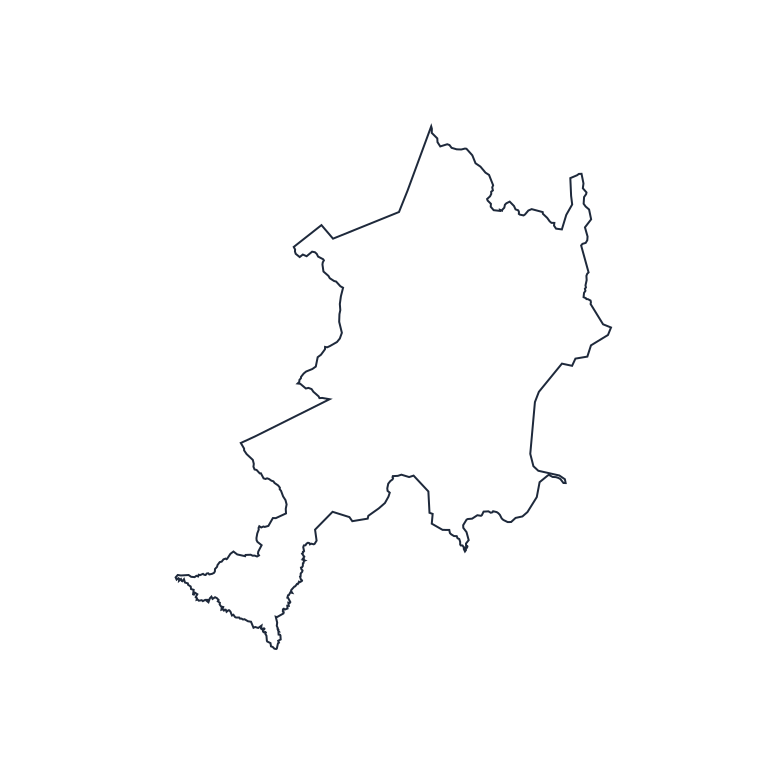 the district of Adansi Asokwa, Ashanti, Ghana, rotated 146°
{"feature_id": "2480657B45906044715427", "entity_name": "Adansi Asokwa", "entity_type": "district", "adm_level": 2, "iso_a3": "GHA", "parent_name": "Ghana", "parent_adm1": "Ashanti", "projection": "mercator", "projection_center": [-1.382, 6.167], "detail": "fine", "context": "isolated", "style": "outline", "palette": "slate", "viewbox_px": 768, "rotation_deg": 146, "n_neighbors": 0, "source": "geoboundaries", "source_scale": "gbopen_adm2", "svg_char_len": 6166}
<svg xmlns="http://www.w3.org/2000/svg" viewBox="0 0 768 768"><g transform="rotate(146 384 384)"><path d="M615.7,228.3L615.3,230.3L612.5,230.0L610.5,233.4L610.4,234.2L611.5,235.2L610.0,237.8L609.5,237.5L609.6,239.0L608.9,239.5L609.2,240.5L608.6,240.9L608.1,243.5L606.0,245.9L603.9,251.6L603.1,250.6L595.7,250.0L594.7,250.9L595.1,251.9L593.8,253.7L592.7,253.7L592.4,252.5L589.5,251.8L588.2,254.2L587.0,253.3L585.6,256.2L584.6,255.2L583.6,255.6L583.1,260.3L583.6,260.9L581.7,262.5L581.0,262.2L578.2,263.6L576.9,262.2L576.8,264.4L576.0,265.1L571.5,266.2L570.7,265.9L568.0,266.9L567.4,266.3L565.1,267.6L564.9,266.8L562.3,266.6L561.8,267.0L562.2,268.4L561.3,271.3L560.6,271.3L559.0,273.5L556.8,274.1L555.8,275.0L556.1,276.5L555.5,278.2L554.4,277.9L553.1,278.5L551.5,280.7L551.0,280.5L549.2,282.1L548.3,281.9L549.6,283.8L548.7,283.8L548.8,284.5L547.8,284.5L547.5,285.3L546.7,285.4L546.8,289.2L545.3,289.4L545.0,290.2L543.7,290.2L542.2,293.9L540.7,295.0L539.3,294.2L537.5,295.0L535.8,294.9L534.8,293.7L535.1,292.5L533.5,292.2L531.9,290.4L530.9,290.3L527.5,291.8L522.6,301.8L498.1,306.8L487.1,293.0L487.0,288.0L472.8,281.5L470.7,283.5L457.9,283.8L449.8,284.8L443.3,288.1L440.0,290.7L440.8,293.4L439.6,295.7L436.2,299.0L433.0,300.0L430.3,300.1L429.1,300.9L429.1,301.9L428.2,302.7L423.9,300.1L420.3,299.1L415.2,292.8L410.7,291.5L407.3,270.1L418.3,251.8L416.3,249.1L422.5,241.5L417.0,230.3L411.5,226.5L412.7,223.6L412.4,221.9L411.0,218.8L408.8,217.2L409.3,215.0L408.3,213.4L409.1,210.6L410.6,208.3L410.6,207.2L409.2,206.2L409.2,203.8L410.1,202.6L410.5,199.9L408.9,200.5L407.7,202.7L406.9,201.9L405.8,202.5L405.6,203.1L406.3,204.2L405.2,205.9L401.1,207.2L398.4,215.1L398.7,220.4L397.3,222.7L391.4,225.4L390.0,225.2L386.3,223.1L380.0,223.0L377.3,220.5L376.3,220.5L372.8,222.5L368.6,220.0L367.5,217.6L365.8,217.0L364.7,217.5L362.2,214.8L361.5,213.1L361.1,210.8L361.6,206.7L361.1,204.6L358.7,200.4L355.8,198.5L349.8,199.4L343.3,196.8L336.7,197.6L320.6,204.8L309.9,215.6L300.2,216.5L298.2,216.6L296.2,212.7L293.5,210.6L291.9,208.5L290.9,206.5L290.6,201.6L288.8,200.3L287.3,203.9L289.8,210.1L304.6,225.8L306.1,232.3L301.8,244.3L269.0,284.6L260.0,290.9L225.1,301.4L217.9,293.9L211.1,298.0L200.1,293.0L190.8,300.3L170.9,299.4L164.2,303.9L169.0,311.0L168.0,334.8L166.7,336.1L166.1,337.7L167.5,340.3L168.7,341.2L168.6,342.1L170.0,344.4L167.2,347.7L164.9,348.6L164.2,350.6L162.6,351.1L161.8,353.1L157.9,356.8L155.7,360.5L153.8,361.8L152.0,362.1L143.1,388.6L141.1,389.2L137.9,388.2L135.1,389.5L132.8,392.4L129.8,401.5L120.2,404.7L116.4,414.0L117.6,418.4L117.7,421.8L113.6,427.1L110.2,428.4L109.0,429.6L109.7,435.1L106.5,438.7L102.7,447.8L105.0,449.2L107.2,449.1L114.4,450.5L123.7,435.3L127.6,427.6L138.3,422.3L150.1,412.7L154.5,416.6L154.5,420.2L152.7,422.3L155.1,424.0L155.7,426.3L155.8,430.5L157.1,436.2L156.3,437.8L163.8,446.4L167.3,447.1L172.3,445.7L174.0,445.7L176.7,448.5L177.1,449.6L175.9,451.2L175.6,452.9L177.3,455.2L176.7,458.9L177.8,464.9L181.5,465.4L183.5,465.0L185.7,462.9L188.5,462.3L189.2,461.7L190.5,463.6L191.0,462.6L195.9,466.8L196.4,471.3L194.6,473.6L195.5,478.1L195.1,479.7L191.1,480.3L188.8,481.6L187.6,483.5L185.5,483.6L184.3,486.5L182.4,487.7L180.0,498.6L181.7,502.5L182.5,510.3L184.7,515.8L182.9,524.2L184.1,532.9L185.2,533.9L188.8,535.2L192.5,537.9L195.9,542.0L196.1,545.5L197.5,547.4L204.5,549.5L204.4,554.6L202.5,557.8L204.0,565.5L201.6,568.8L200.8,571.2L256.4,531.1L275.4,518.2L345.0,533.0L347.0,550.7L382.2,548.1L382.5,545.2L383.7,543.7L384.4,541.3L382.9,536.4L378.9,536.7L376.7,533.2L369.6,533.9L367.6,531.9L367.0,529.5L367.4,526.5L364.7,521.5L364.7,520.1L366.7,519.1L368.2,517.5L371.3,511.1L369.6,504.7L369.8,502.0L367.8,497.3L366.4,495.7L365.5,489.4L364.1,486.7L370.7,480.8L375.9,475.0L378.9,469.7L381.9,466.8L386.4,460.6L390.3,450.0L395.2,446.4L399.5,445.1L407.7,445.7L410.6,446.2L412.1,447.7L413.5,445.8L419.9,443.5L424.0,443.3L430.8,436.6L435.0,436.5L441.6,437.9L444.7,437.6L448.8,436.3L449.7,435.2L451.8,434.7L453.1,433.1L455.3,432.7L453.3,431.0L451.3,424.0L448.8,423.0L446.9,420.3L446.9,417.1L445.1,410.3L445.4,408.4L443.0,407.0L437.6,401.8L520.5,412.7L535.7,415.2L536.1,408.7L537.1,407.2L537.1,402.7L535.2,394.4L536.6,390.6L538.5,388.4L539.1,385.5L537.7,384.0L537.0,379.4L536.0,378.8L536.6,373.1L535.3,371.5L533.7,371.2L532.5,369.6L531.4,366.8L530.1,365.1L530.1,363.2L528.5,359.1L528.3,356.3L529.3,355.1L529.1,353.0L530.5,347.2L530.6,342.8L532.1,338.6L535.3,335.4L537.6,331.5L548.7,333.3L551.1,335.0L559.2,331.0L562.8,332.2L563.7,333.3L566.0,333.7L566.9,335.8L568.5,334.8L569.3,333.3L572.6,331.0L575.9,327.6L577.0,325.7L577.2,323.8L575.6,318.8L581.9,315.4L583.4,313.8L583.5,311.8L585.7,312.0L587.2,314.1L588.9,315.1L590.0,317.0L594.4,319.7L595.4,318.9L601.0,324.8L602.5,329.3L606.3,329.1L611.8,326.8L612.5,326.8L612.9,327.8L615.1,328.4L617.9,327.5L619.8,328.2L623.3,327.0L624.6,325.8L627.6,325.1L629.0,323.2L630.4,322.5L632.5,322.7L635.3,323.8L635.6,325.4L637.0,326.0L638.7,325.4L639.7,326.3L640.2,327.8L643.3,328.4L644.3,329.5L645.7,328.4L646.8,329.9L649.0,329.8L651.7,332.0L652.8,334.9L659.4,338.8L661.8,341.0L664.9,340.2L665.3,337.8L663.1,338.0L662.7,336.9L663.9,335.5L661.4,335.8L661.8,333.8L661.4,333.2L659.0,334.0L660.0,330.7L658.1,328.4L658.7,327.1L657.5,324.2L658.6,321.9L656.9,319.8L659.9,316.4L659.4,315.7L657.4,316.6L656.3,314.1L659.3,312.6L658.9,311.0L660.0,309.9L659.1,309.7L658.7,307.9L656.0,306.7L655.6,305.3L652.9,305.0L650.2,303.2L650.9,302.7L652.1,302.8L651.6,301.2L648.2,303.7L646.0,304.2L646.3,301.7L643.3,301.7L642.3,299.9L641.9,297.4L643.3,296.8L642.4,294.4L643.5,293.2L643.5,290.6L642.0,289.0L642.5,288.6L644.1,288.8L645.0,287.8L643.6,287.5L643.4,285.7L642.0,285.9L641.4,285.3L641.9,283.2L639.5,283.4L638.8,282.9L638.6,281.1L639.5,277.1L637.9,276.9L637.8,274.1L637.3,273.2L634.6,271.3L634.6,270.0L633.3,269.2L632.6,267.6L631.2,267.0L629.4,263.3L627.2,261.3L628.5,254.9L626.7,254.6L624.7,252.1L620.7,252.2L622.7,250.1L622.6,249.5L620.1,248.5L620.0,247.9L620.7,247.5L622.1,247.9L622.7,246.5L622.6,245.5L621.1,244.8L620.9,244.0L622.1,243.3L622.2,241.1L624.7,236.6L624.8,235.8L623.0,232.7L624.4,229.7L623.3,228.2L622.9,225.9L621.6,224.6L620.8,224.6L616.9,228.3L615.7,228.3Z" fill="none" stroke="#1e293b" stroke-width="2"/></g></svg>